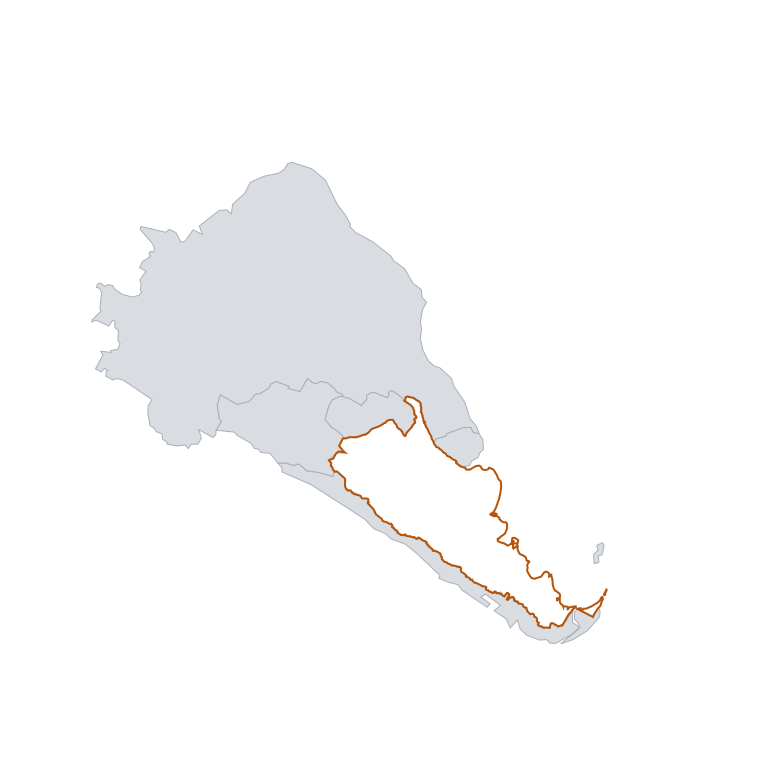 Argentina highlighted, Equal Earth projection, rotated 298°
{"feature_id": "ARG", "entity_name": "Argentina", "entity_type": "country or territory", "adm_level": 0, "iso_a3": "ARG", "parent_name": "South America", "parent_adm1": "", "projection": "equal_earth", "projection_center": [-65.46, -38.417], "detail": "fine", "context": "with_neighbors", "style": "outline", "palette": "amber", "viewbox_px": 768, "rotation_deg": 298, "n_neighbors": 6, "source": "natural_earth", "source_scale": "50m", "svg_char_len": 11004}
<svg xmlns="http://www.w3.org/2000/svg" viewBox="0 0 768 768"><g transform="rotate(298 384 384)"><path d="M276.2,660.3L276.6,678.0L287.1,678.2L285.1,681.3L279.7,683.7L261.7,679.4L246.9,670.8L237.6,661.9L260.7,671.7L263.9,668.1L265.8,662.6L271.6,659.3L276.2,660.3ZM264.4,327.3L268.3,334.4L269.4,341.9L273.5,346.3L271.1,356.4L275.3,368.0L278.4,382.2L283.9,380.8L284.9,383.3L282.3,394.0L274.0,399.0L274.4,415.9L272.9,419.2L275.2,423.1L269.9,429.4L265.1,438.8L262.6,447.9L263.4,457.5L259.0,467.7L262.7,484.6L264.6,486.4L264.8,495.3L260.8,504.7L261.1,512.7L255.8,518.9L256.0,527.6L258.4,536.8L254.3,540.2L251.3,558.0L252.8,569.1L250.1,571.0L252.0,581.4L255.2,584.8L253.1,588.6L256.3,590.3L257.2,593.7L254.3,595.4L255.2,600.5L253.1,612.1L249.9,619.5L250.8,623.8L248.9,629.2L244.0,632.9L245.1,641.8L247.5,644.8L251.8,644.3L252.0,650.4L254.9,655.2L276.5,657.5L270.8,657.5L262.0,662.4L261.3,669.8L258.6,670.0L251.3,667.4L235.4,657.2L233.1,652.1L234.6,647.3L231.0,641.8L229.2,627.5L231.6,619.2L238.3,612.6L227.9,610.0L233.9,602.3L235.5,587.6L243.3,590.8L246.1,572.2L241.4,569.7L239.7,581.0L235.3,579.8L238.6,549.8L241.6,543.4L239.2,534.3L238.2,523.7L241.2,523.3L249.8,492.5L252.6,478.0L250.5,463.3L252.6,455.1L251.4,442.8L255.6,430.6L260.9,366.9L258.4,335.3L262.4,332.7L264.4,327.3Z" fill="#d9dde1" stroke="#a8b0b8" stroke-width="1"/><path d="M324.1,653.9L332.0,649.0L337.4,651.0L341.5,647.7L346.5,651.4L344.4,654.3L335.6,656.7L332.8,653.9L327.2,657.5L324.1,653.9Z" fill="#d9dde1" stroke="#a8b0b8" stroke-width="1"/><path d="M354.8,456.3L359.6,455.3L366.9,462.9L369.6,462.6L382.6,474.4L386.5,481.0L383.1,485.7L384.9,491.2L381.4,497.2L373.0,502.6L367.7,500.7L363.7,501.7L357.1,497.6L352.2,497.9L347.9,492.5L348.6,486.3L350.3,484.1L350.5,474.3L354.8,456.3Z" fill="#d9dde1" stroke="#a8b0b8" stroke-width="1"/><path d="M384.9,491.2L383.1,485.7L386.5,481.0L382.6,474.4L369.6,462.6L366.9,462.9L359.6,455.3L354.8,456.3L373.9,433.0L385.6,423.4L386.0,415.3L382.4,409.5L378.6,411.4L381.5,399.5L381.7,393.9L379.0,392.1L376.1,393.7L373.3,393.3L372.0,379.9L370.6,376.9L365.5,374.1L362.3,376.1L354.3,374.1L355.0,360.1L352.9,354.4L355.3,352.2L354.7,346.3L356.9,341.7L358.4,333.5L356.6,327.0L352.4,324.1L351.6,320.0L352.9,313.9L337.9,313.5L335.0,301.2L337.3,301.1L335.4,287.4L330.9,284.2L326.0,284.3L317.4,279.2L314.3,275.2L305.5,273.5L297.0,264.0L297.5,244.8L287.2,246.6L276.1,254.9L274.4,258.1L264.4,257.5L260.0,259.3L256.4,258.1L256.8,241.9L250.4,248.2L243.4,247.9L240.4,242.2L235.1,241.6L236.8,237.1L232.3,230.6L229.0,221.0L231.1,219.0L231.0,214.5L235.8,211.4L235.0,205.6L237.0,201.9L237.5,196.9L246.6,189.7L254.1,186.0L261.3,186.5L265.0,152.5L263.8,146.3L260.3,142.4L260.3,134.6L264.8,132.9L266.4,134.0L266.6,129.9L262.0,128.8L261.9,122.1L277.4,122.3L280.0,118.6L283.8,128.3L285.3,127.0L289.7,132.7L295.8,132.0L297.4,128.7L306.6,124.4L307.5,119.9L313.2,116.9L312.7,114.6L306.0,113.7L305.2,99.8L301.7,97.0L303.1,96.0L315.3,100.0L317.6,97.5L332.2,91.8L335.1,87.8L334.1,84.7L338.2,84.3L340.1,86.7L339.0,91.4L341.8,93.1L343.6,98.0L341.4,101.8L340.2,110.9L342.8,121.3L347.7,126.3L351.6,126.8L352.5,124.8L358.6,122.4L361.2,119.6L371.8,121.0L372.0,113.5L378.9,113.4L387.0,117.9L389.4,115.0L391.2,115.4L392.3,118.4L396.1,117.7L399.2,113.6L406.2,95.9L408.9,95.4L415.5,120.1L419.7,121.8L420.0,129.2L414.0,138.1L416.5,141.3L430.5,143.0L430.8,153.7L436.8,146.7L460.0,157.1L463.9,163.4L462.6,169.3L471.8,166.0L487.3,171.6L499.2,171.2L510.8,180.1L520.8,192.1L526.9,195.2L533.7,195.6L536.5,199.0L540.1,219.0L536.4,236.7L520.6,258.4L515.2,270.4L509.0,279.6L507.0,279.8L504.5,287.5L504.2,307.3L500.1,330.3L497.4,334.4L495.3,348.4L486.7,361.9L484.8,372.6L478.3,377.0L476.2,383.2L467.9,383.1L455.6,387.1L450.0,391.6L441.3,394.6L431.9,402.7L425.0,412.8L423.5,420.4L424.5,425.9L420.6,441.0L415.1,446.5L405.9,463.9L393.8,476.3L390.0,485.6L384.9,491.2Z" fill="#d9dde1" stroke="#a8b0b8" stroke-width="1"/><path d="M264.4,257.5L274.4,258.1L276.1,254.9L287.2,246.6L297.5,244.8L297.0,264.0L305.5,273.5L314.3,275.2L317.4,279.2L326.0,284.3L330.9,284.2L335.4,287.4L337.3,301.1L335.0,301.2L337.9,313.5L352.9,313.9L351.6,320.0L352.4,324.1L356.6,327.0L358.4,333.5L356.9,341.7L354.7,346.3L355.3,352.2L352.9,354.4L352.8,351.2L345.7,345.8L338.5,345.7L325.0,348.7L321.2,357.8L320.9,363.4L317.8,375.8L316.6,373.6L307.8,373.1L304.8,381.4L300.3,374.0L290.3,371.5L283.9,380.8L278.4,382.2L275.3,368.0L271.1,356.4L273.5,346.3L269.4,341.9L268.3,334.4L264.4,327.3L269.2,316.0L265.8,307.2L267.6,303.7L266.2,299.8L269.2,294.5L269.7,278.1L271.3,274.5L264.4,257.5Z" fill="#d9dde1" stroke="#a8b0b8" stroke-width="1"/><path d="M352.8,351.2L355.0,360.1L354.3,374.1L362.3,376.1L365.5,374.1L370.6,376.9L372.0,379.9L373.3,393.3L376.1,393.7L379.0,392.1L381.7,393.9L381.5,399.5L377.1,420.3L370.0,428.1L364.0,429.7L348.1,425.4L355.9,410.0L354.9,405.6L347.1,401.6L337.9,394.0L331.7,392.5L317.8,375.8L320.9,363.4L321.2,357.8L325.0,348.7L338.5,345.7L345.7,345.8L352.8,351.2Z" fill="#d9dde1" stroke="#a8b0b8" stroke-width="1"/><path d="M354.9,456.0L352.9,460.0L353.2,461.2L353.2,462.7L352.6,463.8L352.7,465.1L352.5,466.0L351.3,468.9L351.7,470.2L351.3,471.6L350.2,473.2L350.3,475.7L350.6,476.3L349.8,479.4L350.0,483.3L349.4,484.5L348.5,484.4L348.1,484.8L347.1,490.1L348.1,495.3L347.1,496.3L347.5,497.8L348.7,500.0L354.0,503.2L355.7,504.9L356.6,506.5L356.6,507.9L355.2,510.0L354.9,511.7L355.7,514.0L357.0,515.5L358.0,516.0L359.3,516.0L359.5,516.4L359.8,519.7L359.7,520.8L359.3,521.8L356.5,526.4L354.2,529.2L353.3,530.8L353.0,532.4L352.3,533.2L348.4,535.7L342.4,537.9L336.5,539.5L327.4,540.9L323.9,541.0L322.2,540.6L320.6,540.2L319.8,539.3L318.7,539.1L318.5,539.6L318.9,540.9L318.7,542.4L319.0,543.3L320.7,544.5L319.8,544.5L320.5,545.3L320.0,548.7L318.9,549.3L318.1,552.1L317.9,553.6L318.1,554.5L319.1,556.5L318.7,557.8L318.0,558.5L314.1,560.5L309.4,561.0L308.3,560.9L304.1,558.8L300.8,557.8L301.1,557.3L300.7,557.1L299.3,557.7L298.8,558.4L298.7,560.5L299.6,564.7L299.7,566.4L299.3,568.4L299.8,569.6L302.4,571.0L302.9,571.0L303.1,571.1L302.7,571.9L302.7,572.5L303.8,572.6L306.0,572.3L306.3,571.1L304.9,571.0L305.1,570.7L308.1,569.7L308.9,570.4L309.3,571.2L309.5,572.4L309.3,575.0L308.8,576.0L306.4,576.7L305.7,576.5L304.4,573.9L303.3,573.3L302.2,573.5L301.0,574.4L299.9,574.7L299.5,575.6L302.3,576.9L304.4,577.5L303.6,578.3L300.8,579.4L298.0,582.9L297.6,584.8L298.1,587.1L297.6,588.1L297.9,589.2L297.2,591.0L295.3,592.6L294.9,593.8L295.6,594.5L295.3,595.7L291.6,595.3L288.9,597.2L286.5,597.9L284.3,600.7L282.1,604.9L282.2,606.8L282.7,608.3L287.7,613.2L292.9,613.9L293.9,614.5L294.7,616.1L294.4,618.0L293.7,619.2L291.4,620.2L291.8,620.5L293.4,620.2L293.8,620.5L294.2,621.2L293.5,621.5L290.3,624.6L286.1,627.1L283.3,629.8L281.8,632.3L282.0,633.1L281.3,637.4L280.4,638.5L278.2,639.5L276.7,638.4L275.4,636.6L275.7,637.5L275.5,638.1L273.4,638.6L275.9,638.7L277.1,639.9L273.8,641.8L272.8,643.5L272.5,645.8L271.2,647.2L272.2,646.9L273.1,649.4L273.4,650.6L273.2,651.4L270.6,651.7L272.5,652.4L273.4,652.1L273.9,652.5L277.7,657.6L277.3,658.0L277.2,657.5L272.4,656.2L270.6,656.2L267.5,655.2L254.5,654.8L254.6,654.1L252.5,652.6L251.5,651.4L252.1,649.4L252.1,648.8L251.6,647.7L252.0,647.2L252.1,646.2L251.6,644.3L250.5,643.7L249.8,644.0L248.2,644.1L246.8,644.9L246.4,644.8L245.2,641.6L243.8,639.7L243.5,637.9L243.9,636.9L243.1,635.1L243.2,634.1L243.6,633.6L243.7,632.9L245.9,632.8L245.7,631.8L246.4,630.3L248.4,629.3L249.1,628.5L249.3,627.4L249.1,626.1L249.8,625.3L250.7,624.8L251.1,623.7L250.8,622.7L250.2,621.8L249.5,621.5L249.4,620.7L250.5,618.0L250.4,617.4L252.0,616.1L252.4,615.2L253.3,614.8L252.8,613.2L252.9,611.6L254.5,610.1L254.0,607.2L253.2,605.8L254.4,604.8L254.7,604.0L253.9,603.0L253.9,600.7L254.2,600.3L255.4,600.1L255.5,599.5L256.5,598.5L256.4,597.6L254.7,595.4L251.6,594.8L251.4,593.6L256.9,593.5L257.6,591.7L257.6,591.1L257.2,590.6L253.0,590.1L252.9,587.7L253.8,586.1L253.0,584.5L253.3,584.1L253.2,583.0L252.1,581.7L252.1,580.9L253.0,580.4L253.1,579.9L252.9,579.2L251.0,578.7L250.3,577.6L250.5,575.7L250.2,573.9L250.8,573.0L250.2,571.4L250.3,571.0L250.9,570.0L252.0,570.0L252.7,569.6L252.8,569.1L251.5,565.5L251.8,564.7L251.6,558.5L251.1,557.6L251.1,556.7L251.9,554.4L252.6,553.8L252.7,553.4L251.9,552.6L251.8,551.9L251.9,551.5L252.5,551.2L252.8,550.5L252.9,549.3L252.3,546.9L252.7,546.5L253.6,546.6L254.3,543.7L254.4,540.4L256.6,538.7L257.5,538.6L258.1,537.3L258.2,536.7L257.3,535.8L256.8,532.0L255.7,529.4L255.6,528.1L255.9,526.4L255.4,525.0L255.9,523.3L255.3,520.7L256.2,518.8L256.3,517.6L257.3,516.7L258.4,516.4L258.6,515.4L259.7,514.0L260.5,513.9L260.8,513.2L260.7,511.5L261.0,510.5L260.7,508.1L260.2,506.2L259.8,506.0L259.6,505.4L260.8,504.5L261.4,500.5L263.1,496.3L264.5,495.6L264.1,490.8L264.8,487.6L264.6,486.5L264.0,486.1L263.1,486.3L262.6,485.7L262.6,483.9L263.1,482.6L262.3,481.8L261.9,480.0L261.9,478.5L261.4,478.1L260.6,475.6L260.5,474.3L260.9,474.2L261.2,473.5L260.6,472.7L259.7,472.4L258.7,469.7L258.9,467.2L259.1,465.5L259.4,465.2L260.1,465.3L260.6,464.3L260.3,463.1L261.6,458.5L261.6,458.0L263.1,457.7L263.9,455.9L263.8,455.4L263.1,454.9L263.3,451.9L262.4,447.5L262.7,446.7L263.9,445.3L265.1,438.4L266.3,436.2L266.7,436.1L268.6,433.5L271.0,425.7L272.1,425.2L272.5,425.7L272.9,425.6L273.3,425.0L274.8,424.4L275.0,423.9L275.0,422.9L272.9,418.8L273.0,417.6L274.2,415.6L272.7,408.8L273.2,406.3L274.3,404.8L273.7,403.1L273.0,402.3L273.4,400.1L275.3,397.7L282.1,394.1L284.7,383.5L283.3,381.6L284.3,379.9L284.5,378.9L286.3,377.4L286.9,375.4L289.6,374.4L290.7,371.2L291.6,371.5L294.2,374.2L300.1,374.3L303.1,375.6L305.2,381.7L305.7,379.4L308.3,373.5L316.6,373.2L318.3,376.2L320.2,377.7L321.4,379.5L323.6,384.1L326.8,387.5L329.0,389.2L329.9,390.2L330.3,391.2L334.3,393.3L337.3,393.8L339.0,394.7L344.3,399.5L347.8,401.7L349.3,402.3L350.4,403.5L352.2,403.7L353.5,404.4L354.5,405.3L355.8,407.2L356.3,408.0L356.3,409.3L354.9,411.0L353.8,414.1L352.1,415.9L351.4,417.9L351.4,420.4L350.3,422.4L350.4,422.7L349.5,423.4L348.1,425.5L347.9,426.1L348.2,427.3L351.4,426.9L359.4,428.9L360.4,428.5L362.3,429.1L363.2,428.9L364.4,429.7L364.9,429.6L366.5,427.4L368.1,427.4L369.3,428.4L369.9,428.3L370.5,427.8L371.1,425.7L372.2,424.3L374.4,423.5L376.0,421.2L376.8,420.7L378.0,417.2L378.7,409.8L380.0,410.3L382.3,409.2L384.2,410.7L384.6,413.6L385.7,417.0L385.3,417.6L384.9,421.6L385.1,423.0L384.1,425.4L382.0,426.9L381.7,426.7L380.3,428.4L378.6,428.7L377.7,429.5L376.5,429.7L375.8,431.3L374.8,431.9L374.3,432.9L373.3,433.2L371.5,435.1L369.6,436.3L369.4,436.8L369.8,437.3L369.8,438.0L368.3,437.9L368.1,438.7L365.6,441.6L364.3,444.2L362.4,446.2L360.1,450.1L357.9,452.0L356.5,454.5L354.9,456.0ZM276.4,677.9L276.2,660.4L278.1,662.4L278.8,663.8L278.2,663.3L277.5,663.6L277.0,664.6L277.2,665.3L279.3,665.6L280.3,667.7L284.9,671.5L291.6,675.4L294.7,676.3L297.1,676.1L298.3,676.5L297.3,678.0L296.5,678.3L293.4,678.4L289.9,679.2L286.0,678.2L279.2,677.6L276.4,677.9ZM302.3,676.8L303.0,677.0L306.9,676.9L306.8,677.2L305.9,677.5L303.7,677.4L301.7,678.2L301.0,677.6L302.3,676.8ZM321.9,542.6L322.0,543.2L321.6,543.1L320.8,542.6L320.4,541.8L321.9,542.6Z" fill="none" stroke="#b45309" stroke-width="2"/></g></svg>